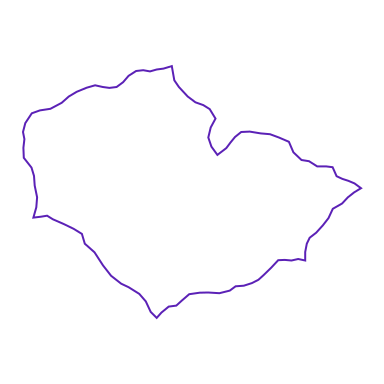 outline of Bady Bassitt, São Paulo, Brazil
{"feature_id": "56859067B36887115252517", "entity_name": "Bady Bassitt", "entity_type": "district", "adm_level": 2, "iso_a3": "BRA", "parent_name": "Brazil", "parent_adm1": "São Paulo", "projection": "robinson", "projection_center": [-49.43, -20.932], "detail": "fine", "context": "isolated", "style": "outline", "palette": "violet", "viewbox_px": 384, "rotation_deg": 0, "n_neighbors": 0, "source": "geoboundaries", "source_scale": "gbopen_adm2", "svg_char_len": 1378}
<svg xmlns="http://www.w3.org/2000/svg" viewBox="0 0 384 384"><path d="M361.0,188.2L354.5,183.4L348.3,180.8L342.4,178.9L336.6,176.2L332.6,167.2L326.2,166.4L317.2,166.4L309.0,161.2L301.5,160.0L293.4,152.3L288.9,141.8L278.9,137.5L270.0,134.2L260.7,133.4L249.7,131.6L241.2,132.0L235.0,137.0L230.5,142.5L226.3,148.1L217.4,154.9L211.4,146.6L208.3,137.5L210.7,127.5L215.5,118.6L209.7,109.1L203.3,105.1L195.4,102.3L187.7,96.5L178.9,87.0L174.3,80.3L171.8,66.1L163.5,68.6L156.7,69.5L150.0,71.4L143.2,70.2L136.1,71.0L128.6,75.8L123.1,82.2L116.6,87.0L109.4,87.9L102.8,87.0L95.1,85.3L86.7,87.7L76.7,91.8L68.8,96.5L61.7,102.8L50.4,108.8L39.9,110.4L31.8,113.3L25.3,123.1L23.0,132.0L24.4,139.1L23.4,147.8L23.8,157.8L31.5,167.6L34.0,175.9L34.7,185.6L37.1,197.3L36.3,207.3L33.4,217.6L41.0,216.7L47.1,215.7L52.9,219.3L63.9,224.1L73.6,228.8L81.9,233.9L84.8,243.7L94.5,252.3L103.0,265.4L111.1,275.8L121.2,283.7L128.6,287.2L139.3,293.9L145.8,301.4L150.7,311.9L156.7,317.9L161.4,312.6L168.7,306.6L176.3,305.6L181.8,300.6L189.2,294.2L199.7,292.7L208.1,292.5L219.4,293.2L229.8,290.6L235.6,286.3L243.8,285.7L251.9,283.1L258.4,279.8L263.6,275.1L271.3,267.6L278.2,260.2L284.7,259.9L291.5,260.5L298.2,259.0L305.2,260.5L305.2,252.0L306.8,243.7L309.7,237.7L316.2,232.7L322.9,225.3L328.5,218.1L332.8,208.8L342.1,203.5L347.9,197.3L354.1,192.4L361.0,188.2Z" fill="none" stroke="#5b21b6" stroke-width="2"/></svg>